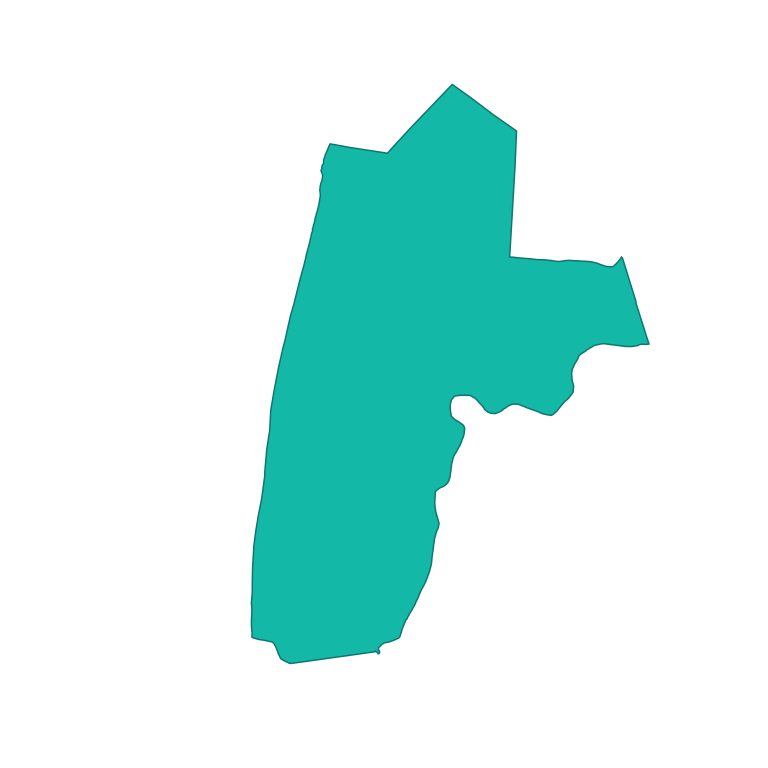 outline of Zavala, Inhambane, Mozambique, rotated 127°
{"feature_id": "85939544B42929876675904", "entity_name": "Zavala", "entity_type": "district", "adm_level": 2, "iso_a3": "MOZ", "parent_name": "Mozambique", "parent_adm1": "Inhambane", "projection": "equal_earth", "projection_center": [34.683, -24.662], "detail": "fine", "context": "isolated", "style": "filled", "palette": "teal", "viewbox_px": 768, "rotation_deg": 127, "n_neighbors": 0, "source": "geoboundaries", "source_scale": "gbopen_adm2", "svg_char_len": 6123}
<svg xmlns="http://www.w3.org/2000/svg" viewBox="0 0 768 768"><g transform="rotate(127 384 384)"><path d="M192.6,196.5L167.4,231.9L166.7,232.1L139.9,269.3L139.7,270.8L140.8,270.7L141.4,270.5L142.6,270.6L146.0,270.6L147.6,271.0L148.8,271.0L149.4,271.2L152.3,271.6L152.9,272.0L154.1,273.9L154.5,274.2L155.2,275.4L155.4,276.0L155.9,276.3L156.5,277.7L157.8,281.4L159.5,287.2L160.2,288.5L161.0,290.6L162.8,293.9L163.3,294.6L163.6,295.3L164.2,295.8L164.5,296.7L165.0,297.1L165.2,297.8L166.1,298.8L168.6,302.8L169.1,303.1L169.3,303.9L169.8,304.4L174.0,310.8L176.1,313.2L177.4,314.4L180.8,317.9L182.0,319.7L183.2,321.9L183.7,322.6L184.4,324.3L185.3,325.5L185.5,326.2L186.1,326.9L187.9,329.9L188.2,330.6L188.7,331.1L192.6,336.8L193.7,338.6L194.0,339.4L194.8,340.4L195.7,342.1L196.3,342.9L198.3,346.2L199.2,347.3L199.4,347.9L200.0,349.0L200.4,349.3L200.9,350.4L201.3,350.7L201.6,351.4L204.5,356.2L204.7,356.8L205.6,357.9L206.9,360.1L130.5,410.9L102.2,430.4L103.2,459.3L103.1,484.9L103.7,509.8L165.4,517.1L197.7,520.2L216.1,554.5L224.6,571.5L227.8,571.0L229.1,570.5L229.6,570.4L230.3,570.2L236.4,568.8L238.4,567.9L240.5,567.4L242.7,566.2L244.2,565.0L246.9,564.9L249.3,563.3L250.6,563.1L251.6,562.6L253.7,559.2L254.7,558.2L257.1,556.9L259.2,555.9L261.6,555.2L263.6,554.4L267.8,552.0L269.0,550.7L271.8,548.2L279.5,544.2L285.1,541.7L289.0,540.4L290.6,539.5L292.3,539.1L296.8,536.8L299.8,535.9L300.8,535.1L303.1,534.6L303.4,534.1L305.0,533.1L308.0,532.2L310.4,530.8L312.9,530.0L313.1,529.7L318.8,527.3L326.6,524.2L332.0,521.7L339.3,518.6L349.6,514.6L374.8,503.9L385.7,499.8L409.1,489.2L415.5,486.6L434.4,478.1L454.2,468.4L473.2,458.6L489.6,447.5L495.9,444.2L498.5,442.7L506.9,438.2L527.4,425.4L529.4,423.8L549.2,412.7L564.5,405.3L578.8,397.8L592.0,390.3L592.0,390.2L609.8,378.4L620.9,370.4L629.7,363.8L639.2,357.8L639.2,357.6L643.7,353.7L647.2,351.2L651.8,348.2L657.6,343.8L662.1,339.6L665.3,337.4L665.8,336.8L664.2,332.3L663.8,331.7L663.6,330.8L663.2,330.3L663.1,329.7L661.5,326.9L660.0,323.8L659.8,323.2L659.4,322.7L658.1,319.5L657.6,318.8L657.3,317.5L657.4,316.2L658.7,312.9L659.7,311.0L660.2,310.5L662.0,307.3L662.6,306.9L662.9,306.1L665.4,301.4L665.5,300.1L665.2,297.6L664.9,296.3L664.7,295.1L664.4,294.2L664.2,292.2L663.8,291.0L663.3,290.6L663.0,289.9L603.4,230.2L603.2,230.5L602.6,230.3L602.4,229.9L602.3,229.2L602.4,228.4L602.9,226.7L602.6,225.8L601.7,225.7L600.7,226.1L599.9,227.1L599.4,228.5L598.4,229.5L593.1,229.0L590.4,227.9L590.2,227.4L589.7,227.2L588.8,226.5L587.8,225.3L587.2,225.1L585.9,223.9L584.9,223.4L583.4,222.3L582.2,221.8L581.7,221.3L579.4,220.2L578.2,219.4L576.4,219.2L574.0,220.1L573.6,220.1L572.6,220.6L571.0,221.1L568.0,222.3L567.5,222.3L565.8,222.9L564.2,223.1L563.8,223.4L563.2,223.4L562.1,223.8L561.1,224.0L560.1,224.5L559.0,224.5L558.4,224.2L555.9,224.8L553.5,225.0L553.0,225.2L547.9,225.7L540.8,226.7L538.7,227.4L537.8,227.4L537.3,227.6L535.8,227.8L535.3,228.1L533.6,228.3L530.8,229.2L529.1,229.5L528.6,229.8L528.0,229.8L526.4,230.2L525.2,230.3L524.7,230.5L521.8,230.8L521.3,231.0L520.0,231.1L517.1,231.8L516.2,231.8L515.1,232.3L512.5,232.9L509.1,234.1L508.4,234.1L506.7,234.9L506.1,234.9L502.3,236.6L501.9,236.6L498.3,238.3L497.7,238.8L495.5,240.0L494.9,240.5L492.1,242.2L491.5,242.4L489.7,243.6L487.6,244.5L487.1,245.0L484.6,246.3L483.1,247.3L480.3,248.7L478.4,249.9L475.2,251.3L473.6,251.9L471.2,253.0L470.6,253.0L469.1,253.6L468.4,253.6L466.9,254.1L466.3,254.1L464.3,255.2L462.9,255.6L462.3,256.1L460.7,258.0L458.6,260.9L458.0,261.4L457.8,262.2L457.2,262.6L457.0,263.2L456.5,263.5L456.3,264.1L455.8,264.4L455.4,265.1L455.0,265.4L454.8,266.0L453.6,267.0L451.7,269.1L450.4,270.1L450.1,270.6L449.2,271.1L448.8,271.7L446.8,273.0L446.3,273.4L445.3,273.9L444.8,274.5L443.3,275.3L439.9,277.7L438.7,278.1L436.1,277.7L432.2,276.3L431.7,275.9L430.8,275.3L428.1,274.2L427.4,274.2L425.5,273.7L422.7,273.9L422.2,274.1L421.7,274.1L420.0,274.9L419.6,274.9L417.9,275.6L417.3,276.1L415.8,276.8L414.9,277.5L412.7,278.5L411.3,279.5L409.2,280.5L408.6,281.1L404.3,283.1L400.9,284.5L397.9,285.2L394.4,285.3L392.6,285.8L391.4,285.8L389.2,286.2L386.6,286.5L386.0,286.8L385.4,286.8L384.9,287.1L384.3,287.1L382.9,287.5L381.1,288.3L380.6,288.3L379.3,288.7L378.6,288.7L377.8,289.2L377.3,289.3L375.3,290.2L372.9,291.6L372.5,292.1L371.3,292.5L369.9,294.2L369.3,295.8L369.1,296.4L369.3,302.1L369.4,303.5L369.6,304.2L369.7,306.6L369.2,310.4L368.5,311.6L368.0,311.9L367.8,312.4L367.2,312.8L365.6,314.7L363.8,316.1L363.5,316.6L362.5,317.2L361.4,318.2L359.8,319.0L356.0,320.6L352.3,320.5L350.6,319.8L349.3,318.6L349.0,318.2L347.4,316.6L344.2,312.4L343.8,312.1L343.6,311.4L343.0,311.1L342.7,310.3L342.3,310.0L341.6,308.7L341.2,307.4L340.7,304.0L340.7,301.9L340.9,300.2L340.9,299.6L341.7,296.9L341.6,296.3L342.0,294.8L342.0,294.1L342.3,292.3L342.8,291.1L342.8,290.4L343.7,288.3L343.9,287.7L343.9,283.9L343.4,282.1L342.5,280.1L340.7,277.4L340.1,277.0L339.2,276.5L338.8,276.1L337.7,275.4L334.2,273.8L333.6,273.9L332.7,273.4L332.1,273.5L330.0,272.5L329.5,272.5L326.6,271.5L325.9,271.0L324.8,270.5L324.2,270.1L323.6,269.9L322.6,269.0L320.6,266.5L319.4,264.5L318.8,262.8L318.3,261.0L318.3,260.4L317.5,258.0L317.3,256.7L313.5,244.6L313.1,243.1L313.1,242.5L312.1,239.0L311.6,237.6L311.2,237.1L310.7,235.8L309.4,233.5L308.9,232.2L308.5,232.0L308.1,231.3L306.2,230.5L301.4,229.6L295.3,229.5L289.7,229.1L286.0,228.3L285.0,228.3L284.6,228.0L280.2,228.0L276.7,228.1L276.2,228.3L274.2,229.8L271.9,231.0L270.5,232.4L268.6,235.2L267.0,236.7L262.7,240.5L259.4,242.3L258.2,242.7L256.5,243.0L254.0,243.7L247.7,244.3L244.4,245.2L242.6,245.1L242.2,244.9L241.7,244.9L236.3,242.8L235.6,242.9L232.3,241.5L231.7,241.5L229.3,240.3L227.0,239.5L226.6,239.0L225.6,238.5L224.6,237.5L223.8,236.9L222.8,235.8L221.7,235.1L220.4,233.8L218.4,231.1L218.0,229.9L217.6,229.6L217.0,228.3L215.0,224.8L214.5,224.2L213.6,222.2L211.1,218.2L210.9,217.4L210.4,217.0L210.2,216.3L209.8,215.9L209.3,214.7L208.5,213.7L208.2,213.1L207.4,211.9L206.6,211.0L206.4,210.4L204.3,208.0L202.7,206.5L201.4,205.2L200.3,204.4L198.9,203.7L198.4,203.2L197.4,202.4L194.9,199.1L194.5,198.3L194.1,198.1L193.7,197.4L193.0,197.0L192.6,196.5Z" fill="#14b8a6" stroke="#0f766e" stroke-width="1.5"/></g></svg>